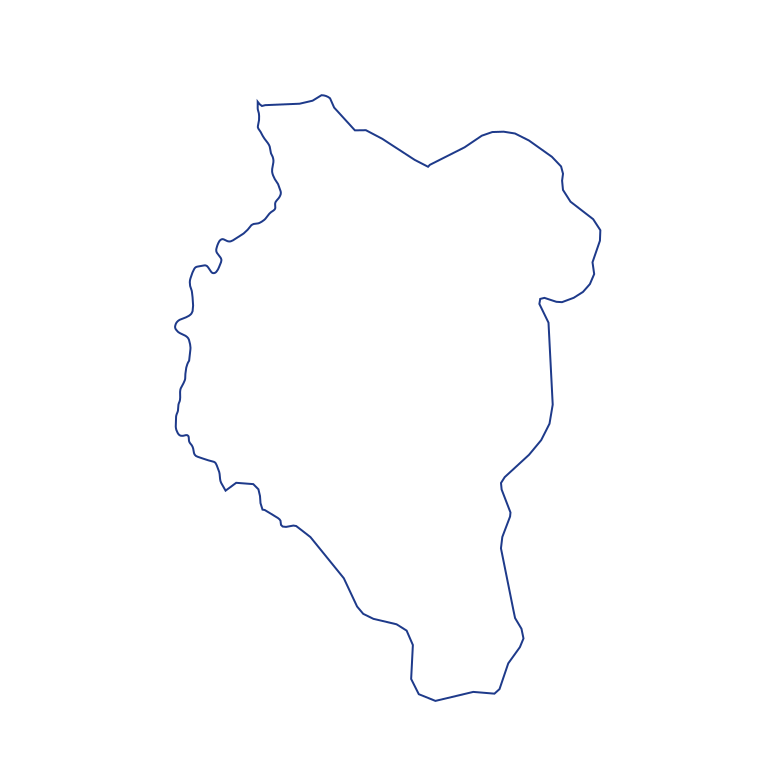 the border of Pcinjski, rotated 290°
{"feature_id": "SRB-841", "entity_name": "Pcinjski", "entity_type": "District", "adm_level": 1, "iso_a3": "SRB", "parent_name": "Republic of Serbia", "parent_adm1": "", "projection": "mercator", "projection_center": [22.074, 42.528], "detail": "fine", "context": "isolated", "style": "outline", "palette": "blue", "viewbox_px": 768, "rotation_deg": 290, "n_neighbors": 0, "source": "natural_earth", "source_scale": "10m", "svg_char_len": 3514}
<svg xmlns="http://www.w3.org/2000/svg" viewBox="0 0 768 768"><g transform="rotate(290 384 384)"><path d="M559.2,543.9L548.3,543.3L538.6,539.5L529.9,532.8L521.8,523.3L520.2,517.9L519.8,505.3L517.4,501.7L512.4,502.6L497.9,517.6L445.7,539.7L422.3,549.6L403.3,553.1L394.8,552.1L385.0,550.9L367.1,544.5L337.8,529.3L331.0,527.8L325.1,530.6L306.5,546.8L302.6,547.8L280.7,547.5L269.6,550.1L216.0,582.8L208.9,587.2L201.0,596.9L192.6,602.1L183.2,601.7L164.0,596.3L136.8,596.9L130.8,593.7L125.2,573.2L103.8,540.7L104.4,522.8L116.1,510.4L148.6,500.4L160.0,489.6L162.5,478.0L159.7,454.4L160.9,443.1L165.7,434.8L187.7,412.7L215.0,367.2L220.5,350.1L220.0,347.3L216.2,340.8L215.4,337.5L216.4,335.4L220.1,333.5L221.1,332.1L221.8,330.1L224.8,315.0L224.4,312.8L229.8,308.7L236.3,305.8L242.1,302.0L245.2,295.4L240.6,278.9L229.6,271.6L235.3,264.9L236.9,263.5L238.6,262.5L243.2,260.3L245.0,259.2L250.3,254.7L252.0,252.9L252.5,251.9L252.7,250.8L252.2,245.1L252.0,239.2L251.9,233.6L252.1,231.8L252.8,230.4L253.5,229.6L254.4,228.9L258.0,226.8L259.4,225.7L260.6,224.4L262.2,221.8L263.2,220.7L264.1,220.1L267.4,218.6L268.2,217.9L268.6,216.8L268.3,215.5L266.6,212.9L266.2,211.8L265.9,210.7L266.0,209.3L266.6,208.0L267.5,206.8L269.9,204.5L271.5,203.5L272.7,202.9L282.2,199.8L283.3,199.6L284.8,199.5L287.0,199.6L288.5,199.5L294.3,197.9L295.8,197.8L297.9,197.9L299.4,197.7L301.6,197.1L306.8,195.1L308.9,194.6L310.4,194.5L316.0,195.3L318.8,195.5L320.0,195.5L321.2,195.3L325.6,193.9L331.7,192.6L335.2,192.4L337.1,192.5L339.3,192.9L350.1,190.3L351.8,189.8L355.0,188.2L358.7,185.7L360.0,184.4L360.8,182.9L361.4,181.0L362.0,174.9L362.4,173.0L362.9,171.9L364.2,169.6L365.3,168.6L366.3,168.1L367.4,167.9L369.0,167.8L370.6,168.0L371.8,168.4L373.0,169.0L374.4,170.0L378.9,175.1L381.4,177.4L383.0,178.4L384.1,178.9L385.4,179.1L387.0,179.2L392.4,177.8L399.9,174.5L404.7,172.1L405.9,171.4L409.8,168.3L413.2,166.7L415.1,166.2L417.1,166.0L423.3,165.9L427.2,166.3L428.3,166.6L429.3,167.1L430.3,168.2L433.6,173.9L434.3,175.2L434.4,176.2L434.3,177.3L433.5,178.8L430.3,183.2L429.7,184.6L429.7,185.2L430.0,186.3L430.8,187.3L431.7,187.9L432.9,188.3L434.9,188.8L437.2,189.0L442.7,189.2L444.6,188.9L445.5,188.5L446.7,187.4L450.0,182.3L451.1,181.2L452.1,180.7L453.2,180.3L455.3,180.1L457.5,180.0L459.7,180.1L461.8,180.4L462.9,180.8L463.9,181.4L464.8,182.4L465.1,183.8L464.7,187.9L464.8,189.0L465.1,190.1L465.6,191.1L467.3,192.9L477.4,200.6L482.3,203.1L486.6,204.6L487.8,205.0L488.7,205.7L489.8,206.8L491.9,210.8L492.7,211.8L494.6,213.5L497.2,215.3L498.6,216.0L504.8,218.0L506.9,219.1L509.2,220.8L510.5,221.5L511.5,221.7L512.4,221.6L515.7,220.2L516.7,219.9L518.1,219.9L519.8,220.4L522.4,221.4L523.9,221.8L525.4,222.0L527.2,222.0L528.8,221.5L529.8,220.9L535.6,216.1L539.2,211.3L542.1,208.4L543.5,207.3L545.1,206.3L547.7,205.4L552.9,204.5L554.6,204.2L556.4,203.6L558.0,202.7L559.4,201.7L562.1,198.9L568.0,195.4L569.3,194.2L570.7,192.4L573.7,187.7L575.8,185.0L578.7,181.8L581.0,178.6L582.2,177.6L583.2,177.3L589.3,176.3L593.1,175.0L595.6,173.8L598.7,171.6L599.9,171.0L605.5,169.0L606.0,168.8L604.4,171.4L603.5,174.2L605.4,177.0L618.5,208.8L625.8,220.0L634.0,226.5L634.6,228.8L634.8,231.0L634.6,233.4L634.0,235.6L626.7,242.6L612.4,269.9L616.3,280.2L613.8,298.6L612.0,306.3L605.1,336.2L603.2,351.1L605.6,352.1L634.0,378.8L650.8,391.0L657.8,399.6L662.0,410.1L664.2,421.4L662.4,436.9L654.9,464.1L649.0,476.0L642.8,480.3L636.0,481.8L627.6,485.8L619.1,496.9L610.4,524.2L602.5,534.7L592.5,537.9L569.7,538.3L559.2,543.9Z" fill="none" stroke="#1e3a8a" stroke-width="2"/></g></svg>